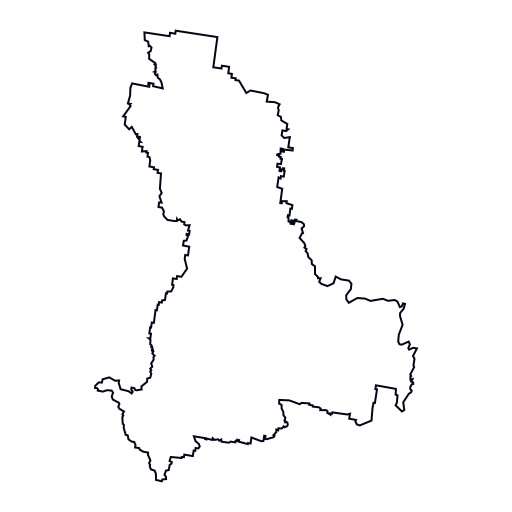 the district of Cootamundra-Gundagai, New South Wales, Australia
{"feature_id": "25037944B16131127641558", "entity_name": "Cootamundra-Gundagai", "entity_type": "district", "adm_level": 2, "iso_a3": "AUS", "parent_name": "Australia", "parent_adm1": "New South Wales", "projection": "equal_earth", "projection_center": [148.025, -34.809], "detail": "fine", "context": "isolated", "style": "outline", "palette": "ink", "viewbox_px": 512, "rotation_deg": 0, "n_neighbors": 0, "source": "geoboundaries", "source_scale": "gbopen_adm2", "svg_char_len": 6067}
<svg xmlns="http://www.w3.org/2000/svg" viewBox="0 0 512 512"><path d="M156.0,479.9L161.8,481.3L162.3,479.5L166.1,479.1L166.0,477.0L164.5,474.7L166.0,470.6L168.7,470.1L169.7,464.9L171.5,463.6L171.8,462.1L169.6,461.0L170.8,457.0L181.7,458.0L181.9,456.9L184.0,457.1L184.3,454.6L192.8,456.1L193.7,450.5L195.3,450.8L195.6,448.0L198.4,448.4L199.7,446.5L198.9,444.0L195.5,441.1L193.9,436.3L205.4,438.2L205.2,439.1L206.5,439.4L206.6,438.5L212.5,440.0L212.7,438.2L214.7,439.9L218.1,439.3L219.3,440.7L221.2,439.5L221.6,441.7L228.9,442.7L230.7,441.6L235.4,442.4L235.6,440.8L237.1,441.0L237.2,439.7L239.1,440.1L238.9,441.7L247.8,444.1L248.0,443.0L250.6,443.5L251.4,437.5L261.3,441.2L263.4,441.0L264.2,435.7L265.5,436.0L265.0,438.9L266.6,439.2L273.6,437.2L274.5,435.8L273.5,435.1L276.3,432.1L276.3,429.6L278.2,430.3L278.4,428.3L281.7,428.5L283.7,426.3L284.5,427.3L287.1,426.2L287.8,424.6L287.3,422.4L285.2,422.3L285.6,421.3L284.5,420.7L285.4,417.6L283.5,415.4L283.3,411.9L281.6,408.3L281.6,404.9L279.1,403.6L279.3,399.9L289.3,400.4L299.7,404.2L301.6,402.9L309.4,403.4L309.2,404.8L312.7,405.4L312.8,406.6L318.9,407.3L320.6,408.5L320.3,410.1L326.1,410.1L327.5,411.2L327.3,412.9L330.3,414.6L330.1,413.4L332.1,413.7L332.3,412.4L347.4,414.5L350.0,413.7L349.2,418.7L356.0,419.9L355.4,421.4L356.8,424.4L359.8,425.4L371.5,420.6L372.5,408.2L373.5,402.8L374.9,403.0L377.0,389.4L375.4,389.1L376.0,385.3L395.9,388.9L395.7,394.7L397.5,395.3L396.9,402.6L395.6,405.3L402.0,411.5L404.3,410.0L403.2,402.3L408.8,393.8L411.1,392.3L411.7,390.7L410.3,389.2L410.3,386.9L411.7,384.4L413.3,383.9L413.1,382.4L411.2,381.6L412.5,379.1L410.4,379.6L410.4,376.4L411.2,376.0L410.3,374.4L414.2,367.0L413.4,365.7L414.5,358.8L413.0,356.0L416.9,348.4L413.3,347.8L409.1,349.6L408.3,348.1L409.9,344.3L408.7,341.6L401.6,344.7L399.5,344.2L398.2,341.5L398.8,334.7L402.6,324.8L400.0,316.1L400.1,313.1L403.7,308.7L405.0,303.9L403.0,303.4L401.7,306.5L399.9,307.1L397.4,301.5L394.6,300.0L388.0,300.8L382.8,298.8L370.5,300.9L365.0,298.6L357.4,298.0L348.8,302.8L346.4,299.4L346.1,295.5L350.9,289.0L351.4,283.7L348.9,280.6L341.1,279.4L335.7,276.6L333.5,283.3L327.5,286.1L321.4,283.9L319.2,281.8L320.6,278.2L318.0,278.2L317.8,276.7L315.0,274.1L315.0,266.3L311.8,264.0L311.7,260.3L308.3,257.0L307.6,253.4L305.6,250.9L306.5,248.9L304.4,247.6L305.4,246.0L304.3,243.1L299.6,238.0L302.0,233.3L303.0,233.1L301.6,228.5L304.1,226.2L303.9,224.2L301.3,222.0L296.3,221.1L296.5,219.7L295.0,219.6L294.8,220.9L291.3,220.3L291.0,222.3L294.4,222.9L293.9,224.3L290.5,223.7L290.8,221.8L288.6,221.5L288.4,217.3L287.6,217.2L287.9,215.2L289.5,215.4L290.3,208.6L291.9,208.8L292.4,205.1L286.5,203.2L286.7,201.2L282.0,201.2L281.7,203.3L280.3,203.1L282.2,188.8L277.2,187.0L278.6,177.4L280.6,178.5L281.0,176.1L283.8,176.6L284.6,171.0L283.8,170.9L284.2,168.4L283.1,168.2L282.9,169.7L281.3,169.4L281.0,171.2L279.4,170.9L280.0,167.4L277.0,166.8L277.5,163.7L281.0,164.1L281.8,159.3L282.8,159.1L280.5,158.7L280.8,157.0L279.0,156.7L279.2,154.6L277.7,154.4L277.1,156.1L277.3,154.3L280.5,153.7L280.7,148.5L282.8,148.9L282.4,151.5L283.9,151.8L284.2,149.6L292.6,150.5L292.9,148.1L288.3,147.3L289.8,137.1L284.3,138.0L281.6,135.4L282.4,130.4L286.1,131.1L288.2,129.3L286.6,129.0L287.3,124.0L281.3,120.4L280.9,116.9L277.7,115.2L278.7,110.6L278.0,107.3L279.6,104.3L275.0,102.2L266.7,101.6L268.0,94.8L264.0,93.2L250.5,90.5L246.3,93.0L239.0,80.6L235.5,80.1L235.7,78.3L231.4,77.7L231.9,73.9L228.3,73.3L229.1,66.8L221.9,65.7L221.5,68.5L213.3,67.3L217.4,37.1L175.7,30.7L175.3,33.7L170.0,32.8L169.6,36.2L144.4,32.4L144.8,40.1L148.2,41.7L148.7,46.2L149.8,45.8L151.5,47.6L150.7,51.1L148.1,52.8L149.3,54.4L149.1,58.8L155.4,63.2L154.6,64.4L155.9,65.0L155.4,66.0L156.2,67.7L155.3,68.4L155.5,71.2L154.4,71.8L155.6,72.2L154.9,73.9L155.9,75.1L157.4,74.6L157.7,77.7L159.8,79.2L161.5,82.5L162.7,88.4L153.1,86.2L153.5,83.7L148.5,82.8L148.3,84.3L149.5,84.5L149.2,86.8L132.1,83.4L130.4,87.9L130.1,95.6L127.9,103.5L130.3,103.9L129.5,104.6L130.6,106.0L123.2,116.4L125.8,116.9L124.7,124.6L129.2,129.3L131.8,126.9L135.8,134.3L137.4,134.1L137.0,136.8L138.8,138.9L139.1,136.8L139.9,136.9L139.5,140.6L140.6,141.8L139.3,141.6L138.7,146.1L142.6,146.8L141.9,151.5L146.5,151.1L146.3,152.6L148.0,152.8L147.5,156.7L149.5,157.1L150.2,160.4L149.4,166.5L154.0,167.3L153.7,169.2L158.0,169.9L157.6,172.9L161.0,173.4L159.9,188.8L161.7,192.9L159.4,196.2L161.6,202.6L159.1,202.4L158.5,207.0L162.1,207.7L163.9,211.3L163.3,214.4L164.1,216.4L167.5,219.9L174.8,221.1L176.7,221.0L177.0,219.2L177.6,220.5L179.9,219.2L181.6,221.6L184.5,222.1L184.2,224.3L185.8,225.4L189.6,225.2L188.0,230.6L189.6,230.9L189.1,234.4L186.7,233.9L186.6,235.1L188.2,235.4L187.5,237.7L186.5,240.5L183.8,240.8L183.0,245.5L189.2,246.7L188.0,255.4L185.2,255.0L184.7,258.9L187.1,268.6L181.4,276.8L177.1,276.1L176.7,279.0L172.9,278.4L172.1,284.8L173.4,285.0L173.4,287.1L171.2,291.4L167.3,291.6L167.0,293.5L165.9,293.4L165.0,300.0L162.1,300.4L161.8,302.6L159.1,302.1L158.7,304.9L157.7,304.7L156.9,310.3L155.5,310.1L153.9,322.8L151.8,322.5L151.1,327.5L150.2,327.3L149.3,333.4L151.0,333.7L150.3,338.4L148.8,338.3L150.5,339.8L150.2,344.2L151.5,345.3L151.2,346.8L152.1,346.8L152.9,350.1L151.9,349.8L152.0,350.8L153.3,351.4L152.3,353.5L154.6,355.7L153.5,357.0L153.6,359.7L151.2,363.4L152.3,366.7L150.2,368.7L151.3,370.5L150.2,371.6L151.3,373.9L150.2,377.7L147.3,378.5L147.0,381.9L141.4,386.4L141.6,389.5L136.4,390.3L135.0,389.8L134.5,388.2L131.5,387.6L131.2,389.5L132.7,391.7L131.7,393.4L128.5,391.2L120.6,389.2L118.7,383.0L119.1,380.5L115.0,380.7L109.3,377.4L102.6,379.3L101.9,382.6L98.8,382.4L95.2,385.8L95.1,388.0L97.0,388.1L98.1,389.4L97.8,390.6L102.8,391.6L107.0,390.2L111.7,390.6L113.1,392.7L111.7,396.4L112.8,399.5L118.9,402.8L119.4,403.9L118.3,406.8L119.3,408.7L124.0,411.5L122.4,414.3L123.3,415.5L122.3,417.3L122.8,423.8L123.9,424.9L123.7,427.8L125.7,434.9L127.7,435.3L128.5,439.4L131.8,441.7L134.2,441.9L135.5,445.0L135.1,447.5L139.2,448.1L139.8,449.7L143.3,451.7L148.1,452.6L147.9,454.7L150.4,460.4L149.1,463.1L150.1,464.9L149.7,466.0L150.8,469.3L154.6,470.6L155.9,473.7L156.0,479.9Z" fill="none" stroke="#020617" stroke-width="2"/></svg>